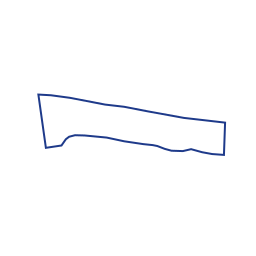 Vao, Tuvalu (Natural Earth projection), rotated 134°
{"feature_id": "33948139B47278370345205", "entity_name": "Vao", "entity_type": "district", "adm_level": 2, "iso_a3": "TUV", "parent_name": "Tuvalu", "parent_adm1": "", "projection": "natural_earth1", "projection_center": [176.121, -5.68], "detail": "fine", "context": "isolated", "style": "outline", "palette": "blue", "viewbox_px": 256, "rotation_deg": 134, "n_neighbors": 0, "source": "geoboundaries", "source_scale": "gbopen_adm2", "svg_char_len": 481}
<svg xmlns="http://www.w3.org/2000/svg" viewBox="0 0 256 256"><g transform="rotate(134 128 128)"><path d="M56.7,61.9L69.4,78.5L81.9,94.8L102.0,124.9L115.4,145.5L127.1,160.8L146.6,190.7L158.0,206.2L166.2,215.7L199.3,173.3L186.8,163.7L179.3,164.9L175.2,164.3L170.0,161.1L163.5,154.0L149.7,136.7L140.2,121.5L128.9,105.7L123.1,98.3L120.6,94.4L117.5,87.1L114.1,80.9L106.5,72.5L99.4,67.9L93.9,57.8L88.3,49.4L80.7,40.3L56.7,61.9Z" fill="none" stroke="#1e3a8a" stroke-width="2"/></g></svg>